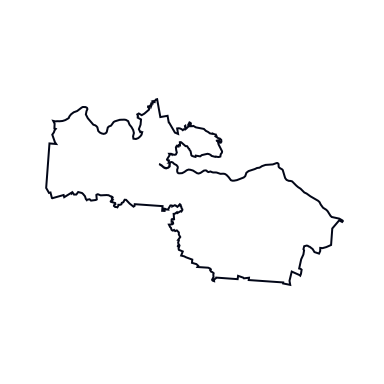 Skrundas pag., Skrundas, Latvia, rotated 106°
{"feature_id": "27541924B9575577948476", "entity_name": "Skrundas pag.", "entity_type": "district", "adm_level": 2, "iso_a3": "LVA", "parent_name": "Latvia", "parent_adm1": "Skrundas", "projection": "albers", "projection_center": [22.046, 56.695], "detail": "fine", "context": "isolated", "style": "outline", "palette": "ink", "viewbox_px": 384, "rotation_deg": 106, "n_neighbors": 0, "source": "geoboundaries", "source_scale": "gbopen_adm2", "svg_char_len": 6117}
<svg xmlns="http://www.w3.org/2000/svg" viewBox="0 0 384 384"><g transform="rotate(106 192 192)"><path d="M115.0,253.6L115.4,253.9L115.4,254.6L115.6,254.9L116.2,253.6L116.4,254.3L116.9,254.7L117.8,254.3L118.1,255.6L119.0,255.5L119.5,254.8L120.6,254.9L119.9,255.3L119.8,255.7L121.2,256.4L121.8,257.8L122.5,257.7L123.2,256.6L123.2,256.0L124.8,256.1L129.8,259.4L132.0,261.5L131.2,264.8L132.5,266.0L133.9,264.8L134.2,265.0L135.5,264.7L136.3,261.0L141.5,260.0L146.2,260.4L148.6,258.3L148.1,257.8L148.6,257.1L148.3,256.4L150.8,256.3L152.7,257.0L155.0,258.5L156.5,260.5L156.9,263.0L154.7,264.0L151.3,264.1L148.7,265.6L146.2,268.1L144.5,270.6L141.5,272.9L140.9,275.4L141.1,277.0L142.5,281.3L145.3,285.6L146.3,286.6L150.5,288.1L151.9,289.9L153.2,290.7L157.5,290.5L158.6,290.7L159.8,291.7L160.5,293.0L160.6,295.0L160.2,297.1L159.1,299.0L155.9,300.8L155.1,302.0L154.6,303.3L154.5,305.4L149.8,312.5L146.7,315.4L143.3,315.7L141.3,315.4L140.4,315.8L140.0,316.3L139.7,317.8L140.4,320.4L141.2,321.3L145.8,324.7L148.0,327.7L150.7,329.7L153.2,330.7L155.0,330.9L157.8,333.6L159.4,336.0L160.5,338.8L161.1,341.1L161.8,342.9L161.9,345.0L164.2,342.9L168.8,341.8L168.9,340.4L170.5,341.1L172.7,341.2L175.4,342.1L181.9,337.5L183.3,335.8L184.6,342.4L228.3,333.3L232.3,329.2L231.5,327.9L236.4,325.0L236.5,324.6L230.3,314.6L232.2,313.4L225.6,307.4L226.5,307.1L225.6,306.4L227.0,304.7L226.3,302.5L223.4,301.4L223.3,297.5L223.9,296.2L225.6,293.7L228.0,292.1L228.8,290.9L228.3,290.7L227.2,288.4L228.1,286.7L226.2,282.3L225.4,281.5L221.3,283.1L221.0,283.1L220.1,281.9L220.4,278.9L218.5,273.3L218.1,271.3L218.8,268.1L219.1,267.8L218.8,267.7L219.1,267.3L218.9,267.0L219.2,266.7L220.7,267.1L221.2,266.6L221.0,266.3L221.2,266.0L222.0,266.8L222.6,266.4L223.2,267.5L223.6,267.5L223.8,267.2L223.8,262.8L224.9,262.3L226.2,263.3L226.9,263.2L227.6,261.7L227.2,260.0L227.3,259.5L225.3,259.0L224.6,259.2L224.1,257.6L223.3,256.5L221.8,256.5L220.8,255.2L218.0,254.6L217.7,253.2L220.3,248.8L222.2,244.2L221.3,243.4L219.5,243.7L213.7,216.4L218.3,215.5L217.8,213.3L215.7,214.3L215.6,212.9L216.2,212.5L215.8,211.8L215.5,210.0L215.2,210.2L211.0,209.1L210.7,208.6L210.6,207.0L211.2,206.9L209.4,204.8L209.6,203.5L209.9,203.3L210.3,201.9L207.1,200.3L207.8,199.1L208.9,199.0L209.1,198.3L210.8,197.3L211.3,196.5L212.0,196.3L213.7,196.8L213.5,197.6L216.3,200.3L215.6,200.9L217.8,202.7L218.1,203.6L223.2,201.7L223.6,202.2L223.4,203.6L224.0,204.0L226.3,203.4L226.1,202.4L226.4,201.9L227.6,201.4L228.4,202.0L228.4,202.7L228.8,202.8L229.7,205.2L231.8,203.3L232.2,202.4L233.9,201.3L234.3,200.5L234.4,199.7L233.4,198.8L234.2,197.4L233.1,196.0L234.5,193.5L236.6,192.9L238.5,190.9L241.8,192.1L241.7,191.6L242.0,191.3L244.3,191.4L245.4,190.9L246.7,189.4L247.0,189.5L247.3,190.6L248.0,190.7L248.3,190.3L248.0,189.3L250.1,189.3L251.2,188.7L251.7,184.5L256.1,184.9L256.0,181.7L256.4,179.8L256.9,173.1L260.1,172.5L260.1,167.9L261.2,165.7L262.6,166.1L260.3,155.5L260.7,153.1L261.4,152.5L262.1,153.0L263.3,151.7L263.4,150.4L264.1,148.8L265.7,148.7L267.7,147.9L270.9,148.5L271.5,147.7L271.6,146.2L270.6,146.6L269.0,145.9L268.1,145.1L267.6,145.1L263.2,124.1L259.9,124.6L260.2,119.2L260.7,118.3L258.7,113.6L261.0,113.2L253.8,79.4L254.8,79.2L254.2,72.0L250.5,73.8L241.0,74.2L242.2,65.8L242.6,64.9L240.6,64.7L236.5,65.2L236.0,66.3L236.0,67.9L226.5,68.5L221.4,67.7L217.2,68.2L216.3,69.1L213.2,69.2L211.9,67.0L211.8,65.9L212.2,64.9L212.2,63.8L213.6,60.3L216.0,57.7L216.2,52.9L213.4,52.5L210.4,53.3L210.0,51.1L208.0,47.8L204.6,43.7L188.4,47.1L178.7,42.7L179.4,39.4L178.3,39.0L177.9,39.5L177.0,43.1L177.5,50.8L176.7,52.3L173.1,56.3L172.1,58.0L171.0,61.7L168.6,64.8L166.6,66.6L165.7,68.3L163.5,77.0L161.9,81.4L161.5,83.9L158.9,88.6L158.1,91.3L157.1,93.5L154.2,98.7L154.2,100.3L154.6,102.1L154.3,104.4L153.1,106.1L152.0,106.9L145.9,110.8L145.4,111.6L144.8,114.1L144.3,115.1L143.8,115.7L141.3,116.5L140.6,117.7L140.9,118.7L143.2,121.9L145.7,128.8L147.8,131.8L150.0,133.8L151.0,136.1L152.6,137.9L156.3,143.4L158.5,145.0L162.1,145.2L163.8,146.3L168.2,152.1L169.6,154.9L170.0,156.4L169.9,157.9L167.6,160.9L166.1,163.5L165.6,165.3L165.7,166.6L166.7,169.8L166.5,173.8L167.4,177.1L167.4,178.4L167.2,179.9L168.3,181.7L168.2,182.7L167.5,183.9L167.4,184.6L168.1,186.4L171.3,189.1L172.4,190.7L172.5,192.3L171.1,197.0L171.1,199.8L171.4,201.5L172.6,203.1L174.8,204.8L176.6,206.7L177.5,209.2L177.7,210.3L177.3,211.2L176.3,211.9L174.7,212.4L172.7,212.3L171.5,212.8L170.4,214.4L169.9,216.9L169.0,218.5L168.8,219.8L169.2,220.7L170.2,221.3L173.6,220.5L175.1,221.4L176.4,223.3L176.5,224.8L176.2,226.0L175.1,228.4L174.5,230.4L174.3,230.4L174.8,228.4L175.9,226.3L176.2,224.1L175.8,222.6L175.3,221.9L173.9,220.9L169.9,221.6L170.0,221.9L169.7,221.7L169.5,222.7L169.1,223.0L168.0,222.9L168.0,224.7L167.6,225.0L162.6,223.6L161.6,224.5L161.1,222.8L161.6,221.6L161.1,221.6L161.2,219.7L160.9,218.6L160.3,217.8L158.2,217.5L156.2,218.7L153.5,219.8L152.3,219.5L152.2,218.7L151.6,218.9L151.5,218.2L152.2,218.2L151.7,218.1L151.7,217.8L152.1,217.7L152.0,217.4L150.6,217.6L150.5,216.4L147.5,217.4L147.2,216.7L147.2,216.1L149.7,210.8L149.3,209.6L149.4,209.2L151.2,207.2L151.3,206.6L152.1,206.1L153.2,204.6L156.9,202.7L157.3,201.9L157.4,199.7L157.3,198.3L156.0,198.4L155.5,194.0L153.8,192.7L151.0,187.6L150.9,186.3L151.2,184.3L151.9,183.2L151.8,179.2L151.3,178.8L151.4,178.2L151.0,175.9L150.1,174.5L147.8,174.8L145.9,174.1L144.6,174.3L138.9,179.6L136.4,181.0L136.0,182.2L135.8,182.3L135.4,181.7L135.0,180.3L136.8,179.0L136.7,178.0L135.6,177.6L133.8,178.3L133.0,179.9L133.0,181.7L132.1,184.5L131.4,183.9L130.2,185.0L130.4,185.5L130.1,188.4L130.5,188.5L130.7,191.0L129.9,192.9L129.4,195.5L128.1,198.0L128.8,206.1L128.1,208.9L128.8,210.1L128.7,210.8L129.1,211.2L129.4,212.4L128.9,212.7L128.7,212.4L126.8,211.8L126.0,212.4L125.8,213.6L128.3,214.1L128.0,212.7L128.3,212.4L129.3,213.3L129.7,213.0L130.6,213.9L132.7,215.0L132.7,215.3L132.5,215.6L130.2,216.7L130.6,217.0L133.1,215.6L133.8,215.8L134.0,217.2L135.1,217.9L134.5,219.2L134.2,221.2L134.5,222.7L135.0,223.8L140.0,221.4L139.6,224.8L131.6,233.1L131.6,233.5L125.5,236.5L128.7,243.1L112.4,251.1L113.0,252.1L115.2,253.0L115.0,253.6Z" fill="none" stroke="#020617" stroke-width="2"/></g></svg>